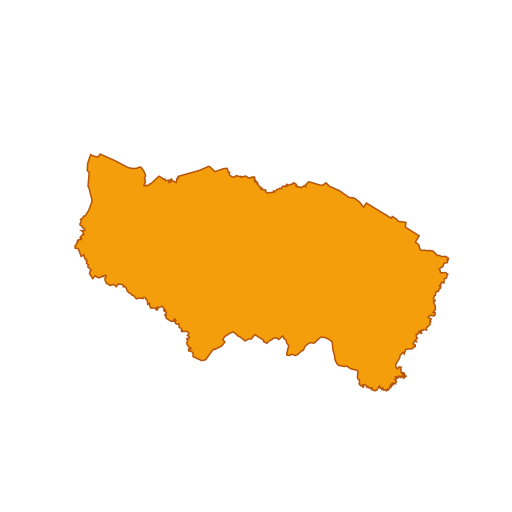 Khlong Hoi Khong, Songkhla, Thailand (orthographic projection), rotated 39°
{"feature_id": "78962969B91518300065155", "entity_name": "Khlong Hoi Khong", "entity_type": "district", "adm_level": 2, "iso_a3": "THA", "parent_name": "Thailand", "parent_adm1": "Songkhla", "projection": "orthographic", "projection_center": [100.352, 6.859], "detail": "fine", "context": "isolated", "style": "filled", "palette": "amber", "viewbox_px": 512, "rotation_deg": 39, "n_neighbors": 0, "source": "geoboundaries", "source_scale": "gbopen_adm2", "svg_char_len": 6147}
<svg xmlns="http://www.w3.org/2000/svg" viewBox="0 0 512 512"><g transform="rotate(39 256 256)"><path d="M70.7,274.9L71.0,277.6L70.4,278.9L66.3,280.8L63.7,281.3L66.8,289.8L71.0,295.7L73.8,296.1L81.5,307.4L83.6,308.4L92.8,315.3L94.5,317.5L97.3,326.0L98.0,332.5L96.9,333.5L97.5,335.3L96.7,338.0L97.6,338.1L98.6,339.6L98.9,341.7L99.8,342.7L102.3,342.2L103.1,343.1L105.6,342.8L106.9,343.9L104.3,346.2L105.9,346.1L108.7,347.6L107.6,348.8L107.9,350.6L107.5,351.4L107.8,352.4L108.6,352.7L109.3,352.1L109.9,353.1L108.1,354.7L107.5,356.3L108.9,356.7L108.3,358.2L109.0,359.5L109.0,362.1L110.7,363.8L111.8,362.7L113.8,362.4L120.4,366.4L121.5,363.5L124.7,365.9L125.9,365.3L126.8,366.4L127.5,365.9L129.0,368.5L131.1,368.2L132.1,370.3L136.9,370.7L136.7,372.7L137.7,374.4L143.3,376.4L143.5,372.6L147.2,372.2L148.7,370.4L149.0,368.3L150.5,368.0L150.4,366.5L151.6,365.6L152.5,366.4L152.5,368.2L153.9,369.8L156.8,371.3L161.3,370.7L162.4,368.6L164.0,367.6L166.8,367.8L166.4,364.6L169.8,362.4L171.4,362.3L172.3,363.4L172.8,362.3L175.9,362.8L177.8,364.2L180.6,364.6L182.1,363.9L183.8,364.5L186.2,363.8L190.0,364.6L191.5,362.3L195.0,360.2L194.7,358.9L196.1,358.0L197.6,358.9L199.4,358.9L202.3,361.8L203.0,359.9L204.8,361.7L207.1,362.7L209.8,360.2L213.0,360.4L213.2,359.0L211.8,359.0L211.3,357.9L212.9,357.2L214.7,354.2L219.2,355.0L218.2,355.6L219.0,356.6L221.7,356.2L223.0,358.0L222.2,358.5L222.2,359.2L224.2,359.8L225.4,360.9L231.1,360.2L233.5,358.1L232.3,357.2L232.3,356.1L234.4,356.3L234.7,358.3L236.1,359.0L237.1,358.9L238.7,357.3L241.2,359.8L243.2,359.4L245.3,360.0L245.0,361.2L245.7,361.5L249.8,358.1L251.8,357.9L252.6,358.7L252.7,360.9L254.7,360.6L255.5,361.2L255.6,362.3L254.2,363.2L254.5,364.2L256.1,364.3L256.7,366.8L257.7,368.0L261.1,369.1L263.3,368.5L264.0,369.7L262.1,370.8L263.5,372.1L266.3,370.8L268.1,370.9L270.4,373.8L279.7,371.5L282.2,368.3L281.5,357.2L282.1,354.5L282.9,354.4L285.9,347.7L286.0,342.4L283.3,342.1L282.5,340.3L282.6,337.8L284.3,332.4L285.9,329.6L286.6,329.1L292.3,329.5L294.6,328.9L300.9,328.9L302.7,324.8L304.4,323.8L304.7,317.8L313.6,316.8L315.1,316.8L316.0,317.8L319.5,316.9L319.3,315.3L321.7,308.3L324.1,306.5L326.1,306.7L327.3,301.2L329.9,302.6L332.0,302.4L334.5,304.2L337.8,305.1L341.5,312.9L342.2,313.6L344.5,312.4L346.1,309.5L349.1,308.7L350.5,306.1L351.0,301.7L352.1,299.3L351.0,295.6L351.5,292.1L352.8,289.1L356.0,287.2L357.3,278.5L360.2,276.2L364.8,274.9L369.1,274.8L375.7,281.2L379.4,283.7L383.0,287.1L386.7,288.8L389.3,288.9L394.2,286.3L395.7,284.5L400.8,284.0L406.6,281.1L408.0,281.7L411.1,286.4L412.5,287.4L414.1,287.3L416.3,289.1L416.3,290.1L417.1,290.7L418.9,290.9L421.1,290.1L421.9,290.6L422.0,289.6L420.1,288.9L421.5,287.4L423.5,287.4L424.9,288.2L425.1,286.9L427.2,287.4L428.7,285.6L429.5,286.9L429.9,286.1L430.6,286.8L433.1,286.1L434.3,284.0L433.6,279.3L434.6,279.5L434.7,280.5L436.7,280.4L437.1,279.4L437.7,280.3L438.0,279.0L439.5,280.0L440.9,278.5L442.0,278.7L441.7,277.0L442.7,277.6L443.2,276.7L443.0,274.1L442.4,273.5L443.4,273.1L443.5,272.1L443.1,271.4L441.9,271.9L441.9,270.1L443.1,270.4L443.7,269.7L442.2,268.7L444.7,267.6L443.8,266.9L444.5,266.0L444.0,264.9L441.6,264.7L442.3,263.8L441.1,262.8L442.1,262.7L442.8,261.7L441.2,261.6L442.8,260.5L442.5,259.5L444.6,259.7L444.5,258.2L446.1,258.4L445.8,256.7L446.9,256.6L447.8,257.7L448.3,254.9L446.2,255.2L445.9,254.2L445.0,254.0L444.3,256.0L443.1,255.1L443.5,254.2L441.7,255.1L440.1,252.8L438.8,252.3L438.8,251.1L437.0,252.1L436.8,254.6L436.1,254.7L434.1,253.9L432.7,251.8L431.8,244.9L430.5,242.6L430.9,238.4L432.8,238.9L431.1,234.3L436.0,229.5L435.7,227.8L436.8,226.1L435.6,224.9L434.2,225.6L433.3,225.2L432.8,222.6L434.7,221.5L432.8,221.0L433.1,218.3L431.8,218.1L429.7,216.1L431.0,214.8L430.2,212.3L432.4,212.5L433.3,211.5L431.6,210.7L430.7,211.3L430.9,210.1L432.6,208.6L432.7,207.5L435.2,206.1L433.7,204.8L434.3,200.0L433.9,198.9L432.7,198.1L433.1,196.9L431.7,196.3L431.8,194.7L428.4,195.3L428.1,194.6L428.8,192.5L432.3,190.3L432.2,189.0L430.8,187.3L429.2,188.5L429.0,184.5L426.7,182.0L422.8,180.1L423.4,178.7L423.1,177.6L421.4,178.3L419.5,174.8L420.2,173.7L418.4,170.8L420.0,168.5L419.2,167.3L419.6,164.7L418.7,163.2L418.0,164.1L417.2,163.8L417.4,161.1L416.8,159.7L419.0,158.7L417.0,156.0L416.9,154.6L417.8,153.6L417.4,151.9L416.2,150.6L416.5,149.5L413.7,149.6L409.9,153.0L408.5,151.5L406.8,151.1L406.9,148.6L408.0,146.9L406.7,143.1L408.8,140.9L408.0,138.9L407.0,138.7L407.5,137.5L407.0,136.7L403.7,136.9L400.9,139.5L398.1,140.2L396.9,141.4L390.4,140.8L386.5,143.1L386.3,144.0L383.6,145.2L380.9,147.7L379.6,147.7L375.2,144.8L371.1,144.9L370.1,137.6L353.9,139.6L351.4,135.6L344.3,139.7L342.5,138.9L337.1,139.5L337.3,141.5L308.4,145.4L308.9,150.3L302.6,149.0L297.5,149.0L295.1,149.5L291.4,152.0L279.9,152.7L269.0,155.6L264.3,155.1L263.5,158.5L261.9,160.3L250.8,164.8L249.9,166.0L250.2,168.2L249.6,169.1L249.8,170.4L251.0,170.7L248.9,171.7L247.9,174.7L246.3,174.9L244.7,176.4L242.8,176.4L243.3,175.5L241.3,174.9L238.9,175.7L239.1,177.4L237.6,178.8L236.1,181.9L235.5,180.8L234.8,180.9L235.3,183.5L233.7,184.0L232.7,185.7L233.5,187.5L231.9,188.3L231.4,190.2L230.6,190.6L230.2,193.1L228.8,194.5L229.8,195.0L225.0,200.1L222.8,199.7L222.0,198.6L218.5,200.7L218.0,199.7L217.5,200.6L216.7,199.8L216.5,200.3L215.1,199.6L213.3,199.7L212.3,198.8L211.3,199.2L210.9,197.9L209.6,198.0L209.0,198.9L208.5,197.9L208.0,198.6L207.3,198.4L207.2,197.3L206.1,197.1L206.0,196.2L205.1,196.6L204.9,195.8L203.2,196.9L203.0,198.6L202.2,198.7L201.6,200.0L198.3,200.2L197.2,200.7L195.2,204.1L194.6,203.4L192.1,205.3L190.3,205.6L188.9,209.2L184.7,209.9L183.0,208.5L182.9,207.6L181.4,208.2L178.5,206.0L175.8,208.5L171.0,216.3L164.4,215.7L162.8,216.1L158.4,224.7L145.3,243.3L146.7,244.6L145.8,245.5L147.6,249.2L144.4,250.0L141.6,249.5L141.8,250.9L143.1,251.5L142.9,252.9L141.9,253.7L141.2,252.1L140.4,251.8L138.5,254.4L136.6,253.5L135.6,254.9L134.3,254.4L130.3,255.1L128.9,266.1L128.0,266.8L128.2,267.9L127.2,270.0L126.0,270.0L125.8,271.2L124.8,271.7L124.0,271.0L123.7,268.1L122.2,267.5L121.7,266.2L120.2,265.8L119.9,263.4L118.8,262.4L115.3,260.6L110.7,259.3L108.9,261.0L108.1,263.1L104.9,265.7L101.1,267.8L86.3,270.7L70.7,274.9Z" fill="#f59e0b" stroke="#b45309" stroke-width="1.5"/></g></svg>